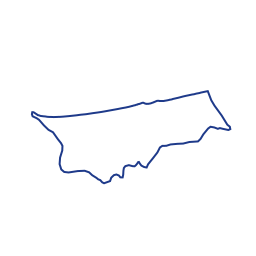 outline of Ciudad de la Costa, Canelones, Uruguay, rotated 204°
{"feature_id": "84410073B39793834808870", "entity_name": "Ciudad de la Costa", "entity_type": "district", "adm_level": 2, "iso_a3": "URY", "parent_name": "Uruguay", "parent_adm1": "Canelones", "projection": "natural_earth1", "projection_center": [-55.945, -34.814], "detail": "fine", "context": "isolated", "style": "outline", "palette": "blue", "viewbox_px": 256, "rotation_deg": 204, "n_neighbors": 0, "source": "geoboundaries", "source_scale": "gbopen_adm2", "svg_char_len": 2449}
<svg xmlns="http://www.w3.org/2000/svg" viewBox="0 0 256 256"><g transform="rotate(204 128 128)"><path d="M70.1,194.1L71.7,193.0L76.1,189.8L76.8,189.1L79.6,187.2L81.4,185.7L83.0,184.7L86.0,182.5L88.1,181.0L89.7,179.8L90.5,179.2L92.1,177.9L94.6,175.9L95.7,175.1L96.6,174.4L98.9,172.7L99.2,172.3L100.5,171.3L101.3,170.9L101.9,170.3L102.5,169.9L103.0,169.5L103.6,169.1L104.6,168.4L105.7,167.7L105.9,167.5L106.7,167.0L107.4,166.7L108.3,166.3L109.2,165.9L110.1,165.5L110.9,165.4L111.8,165.0L112.5,164.6L112.9,164.2L113.0,164.1L113.4,163.7L113.8,163.2L114.2,162.8L114.7,162.4L114.8,162.1L115.0,161.9L115.4,161.5L115.8,161.2L116.4,160.6L117.0,160.0L117.6,159.5L117.9,159.3L118.3,159.0L118.8,158.7L119.5,158.2L120.4,157.9L120.8,157.6L121.4,157.5L122.0,157.3L122.6,157.3L123.1,157.3L123.8,157.3L124.3,157.3L124.9,157.0L125.3,156.7L125.8,156.2L126.2,155.8L126.6,155.4L127.4,154.6L128.0,154.2L128.4,154.0L128.6,153.7L128.8,153.4L129.0,153.3L129.1,153.1L129.5,152.9L130.1,152.4L130.5,151.9L131.2,151.4L132.1,150.7L132.3,150.6L132.7,150.2L133.1,149.8L133.4,149.7L133.6,149.5L133.8,149.3L134.7,148.6L135.8,147.7L137.2,146.7L138.4,145.8L142.1,143.3L144.9,141.3L155.9,133.8L158.9,131.8L162.2,129.7L166.1,127.3L172.0,123.5L176.6,120.9L180.3,118.6L186.7,114.9L191.5,112.2L194.7,110.5L196.2,109.8L197.2,109.3L198.8,108.5L200.5,107.7L202.8,106.8L204.4,106.1L206.3,105.4L208.3,104.9L210.0,104.3L211.7,103.8L212.5,103.5L213.3,103.4L214.9,103.3L215.5,103.1L215.9,103.1L216.9,103.4L218.5,103.6L219.8,103.9L220.2,103.9L220.6,103.9L220.9,103.9L221.3,103.8L221.9,103.5L221.4,101.5L219.9,99.9L215.5,99.8L212.6,99.3L205.9,96.2L199.9,94.0L194.8,93.6L187.6,89.3L183.0,86.9L180.6,85.0L178.9,80.7L178.0,73.3L175.8,67.2L172.1,63.0L170.1,62.4L168.4,61.9L164.2,63.2L156.4,68.2L150.2,71.3L145.5,71.7L141.5,70.3L136.5,69.6L134.4,69.0L132.1,69.1L129.5,67.9L127.4,67.8L122.8,72.2L123.1,75.8L121.7,79.2L119.7,80.8L117.0,80.9L114.9,79.8L112.8,80.7L113.4,83.4L114.8,87.1L115.5,89.8L114.9,92.1L112.1,94.4L108.3,95.0L106.4,95.7L105.7,97.1L105.1,99.3L104.9,100.9L104.2,101.4L102.7,100.3L100.5,99.1L97.5,98.9L96.1,99.2L94.9,99.5L94.9,103.0L92.8,111.0L91.2,117.6L90.9,123.2L89.4,125.6L85.8,127.3L82.4,130.3L76.3,133.7L71.3,136.2L66.2,140.2L58.6,144.2L57.3,147.5L56.6,152.9L54.6,160.1L53.1,162.7L49.4,163.6L45.6,163.8L44.0,165.3L41.1,165.8L35.5,167.0L34.1,168.6L35.5,170.6L38.6,171.4L47.5,177.5L52.0,180.1L58.1,183.6L63.2,187.2L70.1,194.1Z" fill="none" stroke="#1e3a8a" stroke-width="2"/></g></svg>